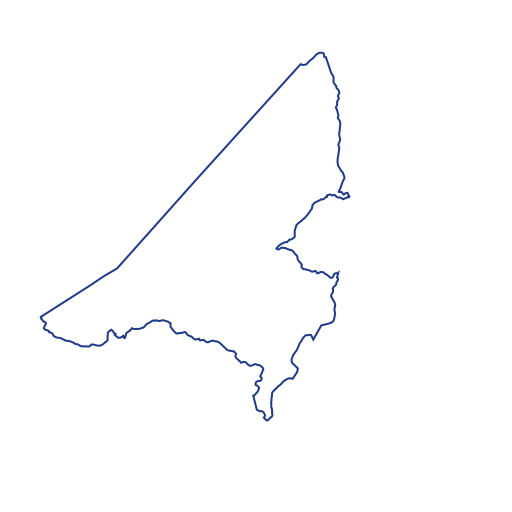 outline of Tarrazu, San José, Costa Rica, rotated 222°
{"feature_id": "36466004B83189782085425", "entity_name": "Tarrazu", "entity_type": "district", "adm_level": 2, "iso_a3": "CRI", "parent_name": "Costa Rica", "parent_adm1": "San José", "projection": "robinson", "projection_center": [-84.074, 9.584], "detail": "fine", "context": "isolated", "style": "outline", "palette": "blue", "viewbox_px": 512, "rotation_deg": 222, "n_neighbors": 0, "source": "geoboundaries", "source_scale": "gbopen_adm2", "svg_char_len": 6080}
<svg xmlns="http://www.w3.org/2000/svg" viewBox="0 0 512 512"><g transform="rotate(222 256 256)"><path d="M351.2,428.4L351.5,271.7L350.9,153.8L355.5,139.3L359.9,122.0L375.2,66.7L373.8,66.2L373.8,65.7L370.0,65.1L369.6,65.5L368.8,65.7L367.1,65.6L366.5,64.6L366.5,63.4L366.0,62.0L365.5,60.8L365.0,60.2L363.5,60.2L362.0,60.9L359.7,61.6L358.6,60.9L357.2,61.8L355.7,62.1L354.1,61.8L353.4,61.3L351.9,61.3L349.5,62.1L346.5,64.2L343.8,64.9L343.3,65.2L341.6,65.5L340.4,66.0L339.0,67.1L337.0,68.3L333.4,69.5L331.6,69.7L329.1,71.2L326.6,71.6L324.8,72.4L323.0,74.1L319.7,76.8L319.2,77.7L319.2,79.3L318.7,80.6L317.2,81.6L314.4,83.0L312.3,84.6L311.8,85.1L311.0,87.1L310.5,89.0L310.5,90.6L309.9,92.3L309.9,93.7L310.3,94.6L312.0,96.3L314.9,100.1L314.9,101.3L314.6,102.0L314.6,103.0L314.1,104.4L311.4,104.3L309.9,103.7L309.0,103.8L308.3,104.2L308.1,103.9L308.0,102.8L303.7,103.0L302.5,104.1L301.7,105.7L301.2,107.9L300.2,107.2L299.2,106.9L298.6,107.1L298.7,107.8L299.3,108.5L299.3,109.1L300.9,112.4L300.4,113.6L300.0,115.7L299.8,116.2L299.8,119.4L299.2,119.4L298.4,119.8L296.7,121.1L295.4,122.5L295.1,122.6L293.5,124.4L293.0,125.7L292.1,126.9L291.7,127.9L291.7,132.3L290.5,135.3L289.7,138.4L289.1,139.5L288.5,140.0L288.0,140.0L286.6,141.9L285.8,142.2L285.3,142.2L285.2,142.5L284.0,143.2L282.9,145.2L282.3,145.9L281.5,146.2L281.1,146.7L277.1,148.4L275.4,148.4L274.7,148.9L274.4,148.9L273.2,147.2L272.0,146.2L268.1,145.4L265.6,145.1L263.9,145.1L262.6,145.6L261.9,147.0L261.5,147.2L261.1,147.9L260.8,147.9L259.7,149.1L258.4,151.4L258.1,151.5L257.7,152.1L256.2,152.1L254.7,151.6L253.6,151.6L251.7,152.2L250.2,152.9L246.5,152.9L245.2,153.2L244.4,154.5L243.6,155.3L243.0,156.4L242.2,156.2L241.8,155.8L241.3,155.8L240.8,156.1L239.4,158.0L238.5,158.7L236.0,158.8L234.4,159.3L233.9,159.8L233.7,160.4L233.5,160.5L233.0,162.0L232.2,162.9L231.8,164.0L230.8,164.7L229.0,165.4L228.6,165.8L228.4,165.8L227.9,166.4L227.2,166.7L224.5,167.2L214.6,166.9L212.0,168.0L211.7,168.5L211.4,168.5L210.4,169.3L209.3,169.6L208.6,170.4L205.2,170.0L204.6,168.2L203.9,167.5L202.8,167.0L197.1,166.9L195.6,166.7L194.6,168.7L194.0,169.3L192.7,170.1L188.3,170.0L187.2,170.3L186.8,170.6L185.7,172.0L185.1,173.3L184.8,174.3L183.9,175.5L182.6,175.7L181.9,176.1L181.0,177.0L180.3,177.2L176.5,177.6L174.6,176.6L174.3,175.1L173.4,173.2L172.5,169.5L170.1,169.1L169.3,167.8L169.1,166.5L169.9,165.3L171.0,164.2L171.5,162.2L171.4,161.6L170.2,160.0L167.9,160.5L165.7,160.3L164.7,158.6L164.5,157.6L164.0,156.4L164.0,150.6L164.5,150.3L152.5,142.3L149.1,143.2L148.6,144.0L148.0,144.5L147.0,144.8L145.3,144.8L143.1,143.9L142.3,143.0L142.0,141.1L138.1,140.9L137.7,141.3L137.2,142.4L137.2,145.4L137.0,145.8L137.0,146.8L136.8,147.1L136.8,147.6L137.3,148.8L139.1,150.1L139.9,151.3L140.4,151.8L140.7,151.8L141.5,152.8L141.9,152.9L142.4,153.5L143.2,153.7L143.9,154.3L145.7,156.4L146.4,156.8L146.6,157.3L147.0,157.5L147.7,158.8L149.4,160.8L150.6,162.8L151.9,164.3L152.6,165.5L152.6,170.0L152.4,170.3L152.3,173.8L151.7,177.2L151.7,181.2L151.5,181.6L151.2,183.4L150.8,184.2L150.6,185.6L149.4,187.5L149.2,187.7L148.8,187.7L148.6,188.1L146.8,189.1L146.6,189.4L147.8,197.4L149.7,200.5L157.9,200.8L160.0,202.4L162.1,207.2L162.8,213.8L164.7,219.2L165.1,220.0L165.6,224.5L166.2,226.0L166.1,230.1L165.3,231.1L164.1,232.3L163.2,233.6L162.1,234.1L157.5,232.2L161.0,248.0L160.1,249.8L159.1,250.8L157.8,252.8L156.4,255.0L155.8,256.3L155.8,256.6L155.4,257.0L155.0,257.9L155.2,260.1L156.5,262.7L158.7,266.2L161.0,267.9L162.3,269.2L164.3,272.6L166.4,274.0L170.2,275.2L171.7,275.9L172.5,276.0L173.3,276.4L173.6,276.8L174.1,277.7L174.5,280.0L175.3,281.5L176.1,282.3L176.9,283.4L177.1,283.4L177.1,283.7L177.5,284.0L177.5,286.3L177.3,287.0L177.3,288.3L178.7,290.5L178.8,292.2L179.2,293.3L180.6,294.4L181.4,294.2L183.7,298.6L183.8,298.0L185.4,296.3L185.6,295.7L185.8,294.2L185.2,293.2L184.8,292.3L184.9,291.1L185.4,290.2L186.1,289.6L190.6,289.6L192.5,289.0L194.7,289.0L195.5,288.7L196.7,288.0L197.2,287.5L198.4,284.7L199.0,284.1L200.0,284.2L200.9,284.8L202.2,284.4L203.4,282.2L204.8,281.4L206.0,281.3L206.7,281.0L211.0,278.8L212.0,278.0L214.6,278.1L215.6,279.2L216.0,280.1L218.3,280.7L220.3,280.7L222.1,281.2L223.6,282.0L224.9,283.2L226.1,283.7L229.0,283.7L230.3,284.2L233.4,284.2L235.2,283.1L236.2,282.8L236.9,282.3L239.0,281.8L242.0,279.8L242.7,279.1L243.3,276.7L243.8,275.7L245.4,275.1L245.9,275.2L245.9,279.4L245.3,281.7L244.2,284.6L243.6,285.6L243.6,285.9L242.4,286.7L242.2,287.1L242.1,290.3L241.9,290.4L240.7,292.4L240.2,294.0L240.0,295.9L240.2,296.3L244.0,300.5L246.6,305.9L246.6,308.4L246.2,309.9L246.0,311.8L245.7,312.3L245.7,314.9L245.3,316.3L245.3,321.8L245.6,322.9L245.6,324.8L246.0,326.3L246.1,328.4L248.1,331.8L248.1,334.7L247.7,335.5L246.4,339.2L245.8,340.1L245.7,341.5L244.5,342.5L243.9,343.3L243.7,344.2L243.6,346.2L242.8,347.5L243.7,348.2L243.8,348.6L242.4,351.0L241.2,351.9L240.4,351.9L239.6,352.2L238.5,354.0L235.6,354.0L234.5,354.2L233.7,354.6L233.4,355.2L232.8,355.7L229.1,356.6L228.8,357.7L227.4,360.3L227.2,361.3L226.2,362.0L226.2,362.4L226.9,363.0L228.3,363.1L229.5,364.0L230.5,363.9L231.0,363.6L231.3,363.0L231.6,362.2L231.6,361.2L231.9,360.3L233.0,360.3L234.3,360.7L235.4,360.7L237.0,359.1L237.5,359.0L238.6,362.8L241.0,368.4L241.7,370.3L242.2,372.6L242.8,373.6L247.3,376.1L249.9,376.3L252.9,377.4L254.7,377.8L255.5,378.2L258.0,380.1L259.8,382.1L266.1,391.7L267.0,392.6L269.0,393.5L269.3,393.8L269.8,394.9L270.6,397.3L271.2,398.6L271.8,399.3L274.4,401.0L276.1,402.6L277.5,404.9L279.3,407.2L281.1,409.8L282.3,411.2L284.2,412.4L287.7,413.4L288.1,414.0L288.5,415.2L289.0,415.7L293.8,419.0L295.9,419.6L296.2,420.3L296.9,422.7L299.0,425.0L299.8,428.3L300.2,428.8L301.9,429.5L302.3,429.9L302.6,430.5L302.8,431.7L303.3,433.0L303.8,433.6L306.3,434.6L308.1,434.6L308.8,434.8L309.8,435.7L310.5,436.1L311.8,436.2L314.4,436.9L315.1,437.4L316.7,439.4L318.4,441.1L322.9,442.5L337.1,450.5L337.6,449.9L338.7,449.7L340.1,451.1L341.4,451.8L341.7,451.8L343.1,451.0L344.4,450.0L344.9,449.3L345.8,447.0L346.0,445.7L346.0,440.9L346.4,439.4L346.8,435.9L346.8,432.4L347.3,431.3L348.6,429.7L349.2,429.2L351.2,428.4Z" fill="none" stroke="#1e3a8a" stroke-width="2"/></g></svg>